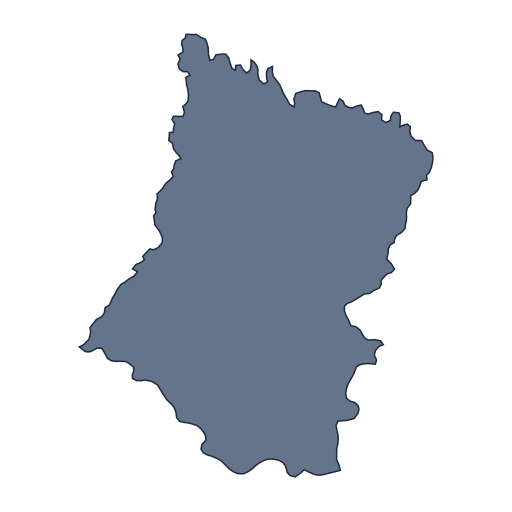 outline of Varjão de Minas, Minas Gerais, Brazil, rotated 272°
{"feature_id": "56859067B57978075646781", "entity_name": "Varjão de Minas", "entity_type": "district", "adm_level": 2, "iso_a3": "BRA", "parent_name": "Brazil", "parent_adm1": "Minas Gerais", "projection": "mercator", "projection_center": [-45.92, -18.46], "detail": "fine", "context": "isolated", "style": "filled", "palette": "slate", "viewbox_px": 512, "rotation_deg": 272, "n_neighbors": 0, "source": "geoboundaries", "source_scale": "gbopen_adm2", "svg_char_len": 4168}
<svg xmlns="http://www.w3.org/2000/svg" viewBox="0 0 512 512"><g transform="rotate(272 256 256)"><path d="M377.1,417.5L377.1,411.1L381.3,406.7L386.1,405.4L390.7,405.8L393.1,402.6L391.8,398.2L390.0,395.2L395.7,395.4L400.7,395.4L404.1,393.8L404.5,388.4L400.9,386.0L396.2,385.5L393.9,381.2L396.3,376.8L401.7,376.8L404.6,373.1L403.4,367.5L401.8,363.2L402.6,359.5L406.4,358.3L410.6,355.8L409.1,350.8L407.2,346.8L407.9,343.2L409.7,339.6L413.8,337.6L416.1,334.0L411.6,331.9L407.6,330.4L409.7,322.8L412.3,316.3L417.2,314.7L421.3,313.5L423.0,309.7L423.0,305.2L423.0,299.6L421.8,295.5L420.0,290.2L414.1,288.3L410.6,289.3L406.2,288.8L408.7,284.3L413.3,281.7L416.7,279.5L419.9,277.5L423.9,275.7L427.7,273.9L431.8,270.7L436.3,267.0L440.8,265.9L446.0,265.9L444.0,261.6L440.0,260.1L433.9,260.4L430.6,261.5L428.2,257.8L431.9,253.2L437.8,251.4L442.2,251.5L446.0,250.2L449.5,247.6L451.8,244.1L446.6,244.4L441.8,243.8L438.6,240.4L441.3,236.9L446.4,233.7L445.7,229.1L440.9,228.9L442.6,225.5L447.4,223.5L452.9,221.9L456.7,218.8L456.5,214.5L455.8,209.0L451.2,206.8L449.8,203.2L456.0,201.4L462.2,201.0L467.4,199.4L471.0,197.8L472.7,193.0L475.4,188.8L475.1,184.7L475.1,178.3L471.4,177.7L468.9,174.7L464.9,174.3L461.0,175.7L457.3,175.9L454.2,171.1L450.1,173.3L445.1,171.3L440.1,172.9L437.7,176.7L437.7,181.4L434.2,183.6L432.2,179.7L428.5,180.1L424.9,180.7L420.5,181.9L414.8,182.9L408.5,182.7L405.4,180.5L402.8,177.7L397.1,179.5L392.9,178.1L392.8,173.7L392.8,168.6L389.5,167.3L385.5,170.1L380.7,169.2L376.9,168.9L376.3,165.1L372.1,165.1L368.5,164.7L365.9,168.5L360.5,169.7L356.7,172.5L353.9,175.3L350.8,177.7L348.3,172.5L343.9,171.0L340.1,170.7L337.2,168.5L332.7,170.5L328.9,167.3L325.5,163.3L319.6,159.9L314.7,155.0L309.8,155.5L305.1,154.0L299.4,153.5L295.5,154.4L292.5,152.2L288.3,153.2L283.6,153.8L278.7,157.8L274.8,160.1L270.8,161.8L266.1,161.9L260.9,157.8L258.6,153.2L259.4,149.6L255.7,146.2L251.6,142.8L248.2,144.6L245.4,140.8L243.3,136.3L238.7,133.1L236.1,138.2L231.7,134.8L228.7,129.8L225.5,126.1L223.0,122.1L217.9,118.6L212.9,116.3L209.1,114.0L205.0,112.6L201.6,110.9L199.3,107.1L193.5,106.3L190.0,103.9L186.9,98.6L182.8,95.7L178.6,92.6L174.6,93.4L170.2,92.8L166.7,91.8L163.7,89.0L160.7,86.0L159.0,82.6L156.5,85.8L154.4,89.2L154.4,93.4L156.4,97.1L158.4,100.4L158.4,105.2L153.6,108.2L148.5,111.2L146.4,114.7L145.8,118.9L146.0,123.9L146.0,129.8L142.8,134.8L140.5,137.6L136.3,137.7L132.9,136.6L129.3,136.9L127.4,140.8L127.3,145.4L128.2,149.5L127.0,156.4L123.7,162.1L114.4,168.2L109.2,171.9L105.7,175.9L102.5,178.9L99.2,180.7L95.6,181.7L91.7,182.3L88.1,185.5L87.2,189.7L86.8,194.0L85.8,198.8L84.1,203.6L81.1,207.3L78.2,209.6L74.6,211.9L70.0,212.2L66.0,208.6L61.1,207.8L57.5,210.2L55.7,213.7L54.4,218.7L52.4,223.9L50.2,228.3L47.0,231.7L42.4,236.7L39.8,240.5L38.0,244.8L37.8,250.8L40.3,255.8L43.0,259.5L46.8,263.3L49.6,267.0L52.2,271.5L53.6,275.9L53.6,280.0L52.9,285.0L51.2,289.2L48.5,292.0L44.1,293.8L40.7,294.8L37.8,297.8L36.6,302.8L40.3,307.8L44.1,311.7L41.3,317.8L39.5,322.9L39.2,327.7L40.1,331.8L41.3,335.8L42.8,341.2L44.7,347.7L50.8,346.0L55.0,343.7L66.8,343.4L70.6,344.2L75.9,344.6L79.7,344.2L84.3,343.0L89.5,341.9L93.9,343.7L94.8,352.3L96.9,359.6L102.5,363.5L106.6,364.3L110.0,363.3L113.1,359.7L114.2,355.1L116.9,351.6L121.3,350.4L126.7,351.0L131.7,352.7L136.8,355.4L141.2,357.6L144.9,359.0L148.5,360.1L150.8,363.2L152.0,367.5L152.5,372.5L152.0,379.1L156.3,380.1L161.0,377.7L165.6,378.7L169.6,381.6L171.8,386.3L175.6,383.4L176.5,378.0L176.2,374.3L176.1,370.5L178.0,367.5L181.1,365.3L185.7,362.5L188.9,358.1L189.7,353.2L195.7,350.5L200.1,347.8L204.5,346.2L208.9,346.2L211.9,349.0L213.5,353.0L215.9,356.7L218.6,360.9L222.0,365.9L222.4,370.7L225.7,375.0L228.3,380.4L232.3,382.2L235.9,381.8L239.3,384.5L242.8,387.7L244.1,391.8L247.8,394.9L253.1,391.4L257.3,386.8L262.8,387.8L267.8,388.0L271.9,389.8L274.1,393.5L277.9,394.0L281.5,395.8L284.7,400.7L288.8,404.0L293.1,404.3L296.9,405.1L300.7,405.1L304.4,404.7L309.0,405.4L313.6,408.7L317.9,408.6L321.8,408.6L324.3,412.5L327.2,415.3L331.4,417.1L336.3,418.6L338.2,424.4L342.7,423.6L345.8,426.4L350.4,428.1L355.8,429.2L360.9,429.4L365.4,428.5L368.0,423.2L373.6,419.5L377.1,417.5Z" fill="#64748b" stroke="#1e293b" stroke-width="1.5"/></g></svg>